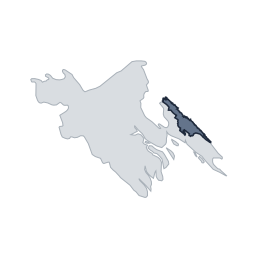 location of Rangamati, Chittagong, Bangladesh, rotated 323°
{"feature_id": "16705992B35610473312733", "entity_name": "Rangamati", "entity_type": "district", "adm_level": 2, "iso_a3": "BGD", "parent_name": "Bangladesh", "parent_adm1": "Chittagong", "projection": "equal_earth", "projection_center": [92.168, 22.796], "detail": "fine", "context": "in_parent", "style": "filled", "palette": "slate", "viewbox_px": 256, "rotation_deg": 323, "n_neighbors": 0, "source": "geoboundaries", "source_scale": "gbopen_adm2", "svg_char_len": 8593}
<svg xmlns="http://www.w3.org/2000/svg" viewBox="0 0 256 256"><g transform="rotate(323 128 128)"><path d="M95.2,181.1L95.2,175.0L92.1,162.9L92.2,161.5L91.6,155.7L90.8,152.5L90.4,149.0L92.4,144.1L91.6,143.3L87.3,141.8L86.8,140.5L87.8,135.7L84.7,131.1L83.5,127.6L86.9,116.6L87.8,108.9L87.6,107.4L85.6,105.7L82.0,105.0L79.4,103.6L77.9,101.4L76.7,100.5L75.1,101.2L73.1,100.3L71.5,98.2L70.1,95.6L70.7,92.7L73.4,85.9L74.4,85.7L76.6,87.0L77.5,87.0L79.0,84.4L81.2,76.8L88.5,77.4L90.2,77.2L92.0,76.6L93.0,75.6L93.6,74.4L93.4,73.3L91.2,71.9L90.3,70.8L89.8,67.8L89.1,66.6L84.7,66.5L82.5,65.1L81.2,63.8L79.0,59.7L76.3,56.6L73.7,55.9L72.7,54.9L72.2,53.3L72.5,51.1L73.9,46.7L81.2,37.3L81.4,36.2L81.1,35.0L79.0,33.5L78.9,32.8L79.5,30.8L80.7,30.6L83.2,32.4L85.7,35.3L87.2,37.8L87.2,39.9L89.2,40.3L90.8,41.2L92.5,40.9L93.6,41.4L94.4,41.2L94.7,40.1L93.3,37.1L94.0,35.9L95.6,35.9L96.8,37.0L97.7,39.3L97.8,42.9L99.7,46.1L102.3,48.4L104.3,49.4L106.7,50.2L108.8,49.4L109.8,47.2L109.4,45.2L109.7,43.4L110.5,42.4L111.8,42.5L112.8,43.9L115.5,51.6L114.9,55.0L115.5,64.3L114.8,70.5L115.2,72.8L115.7,73.3L119.9,74.4L126.1,76.9L130.8,77.8L152.2,77.1L156.8,78.3L171.1,77.4L175.0,79.4L179.2,82.6L181.6,84.9L182.0,86.3L181.8,87.5L181.0,88.1L179.5,88.1L176.1,86.6L175.6,87.0L175.5,90.8L172.8,100.1L172.4,102.9L171.5,104.1L168.6,104.7L166.8,110.1L166.0,110.8L164.1,109.6L163.0,109.8L161.5,110.3L160.1,111.5L159.1,113.1L157.9,113.6L153.9,113.5L153.2,116.0L150.5,119.3L148.7,128.1L148.8,130.8L151.0,137.8L152.6,146.9L153.2,147.8L153.9,147.9L154.0,143.7L154.7,143.2L155.6,143.7L157.5,149.3L158.6,150.7L160.2,151.1L162.1,150.2L163.5,148.6L164.1,146.8L163.6,140.7L164.5,138.2L167.8,134.5L168.3,133.4L168.1,127.3L169.3,127.0L170.9,127.5L173.0,126.1L173.7,126.0L174.5,127.6L176.0,127.3L178.2,139.5L178.4,148.1L178.9,152.8L179.7,153.9L182.2,161.1L184.6,186.3L184.8,202.4L185.8,207.9L185.0,209.1L184.2,209.3L183.5,207.4L178.2,203.3L176.9,203.7L175.1,206.1L174.4,208.3L174.7,211.4L175.2,214.5L176.5,216.2L176.6,218.1L178.0,225.4L177.6,225.4L174.7,218.8L171.2,212.3L170.1,200.7L170.0,195.0L167.6,188.3L165.4,176.5L166.4,172.4L164.7,174.2L162.1,167.2L157.9,160.3L156.7,157.3L156.7,154.3L154.9,157.3L152.5,159.4L150.0,162.5L148.4,163.5L143.2,164.0L140.2,159.8L135.9,149.6L135.4,147.2L136.0,141.2L135.0,135.5L134.7,130.4L133.9,130.9L133.6,132.3L133.8,134.4L133.5,136.2L126.2,135.0L129.3,138.0L132.6,138.7L134.3,141.4L134.4,145.9L131.1,148.6L131.4,150.9L133.3,153.6L131.0,154.4L130.4,156.2L130.3,158.8L131.9,162.8L131.6,164.3L134.3,169.5L134.8,172.0L134.1,175.5L128.2,182.7L126.5,187.7L125.0,190.1L123.2,190.5L121.0,188.1L121.0,185.6L121.4,183.7L124.5,179.0L122.9,179.6L118.0,183.5L117.1,180.3L116.6,177.4L116.6,173.8L118.9,168.5L116.3,171.1L115.5,174.5L115.8,178.4L115.5,181.2L114.4,184.8L113.0,187.0L110.8,188.4L109.7,190.6L108.2,192.2L107.7,184.8L106.2,174.9L105.8,177.1L106.6,183.2L106.5,187.2L105.3,190.4L102.8,193.8L100.9,194.2L99.8,193.7L96.2,188.6L96.0,183.8L95.2,181.1ZM138.9,181.3L134.5,182.4L132.2,182.1L136.5,173.2L136.3,169.2L135.7,166.0L133.6,163.3L133.5,161.5L132.5,159.0L132.0,156.0L134.4,155.0L136.3,156.7L137.0,160.1L137.9,162.6L141.2,167.8L141.2,171.0L140.2,178.9L138.9,181.3ZM148.3,178.3L145.6,180.7L146.6,166.7L148.5,171.9L149.0,174.7L148.3,178.3ZM158.6,171.3L157.4,172.3L156.3,171.5L154.9,168.2L155.6,164.0L156.1,163.4L157.8,167.6L158.6,171.3ZM168.5,201.0L167.0,201.2L166.2,200.2L166.6,198.7L166.2,194.2L168.1,193.7L168.8,197.5L168.5,201.0ZM166.8,188.2L165.7,192.8L165.2,190.7L166.0,186.8L166.8,188.2ZM135.6,151.7L136.0,153.1L133.6,151.2L132.9,149.9L134.0,149.2L135.6,151.7Z" fill="#d9dde1" stroke="#a8b0b8" stroke-width="1"/><path d="M185.3,189.3L185.5,189.0L185.8,188.9L185.8,188.7L185.5,187.0L185.5,186.9L185.3,186.9L185.3,186.7L185.4,186.3L185.3,186.1L185.3,185.7L185.2,185.6L185.3,185.5L185.1,184.9L185.3,184.8L185.3,184.6L184.9,183.9L185.0,183.5L184.8,182.9L185.0,182.8L185.1,182.2L184.8,182.1L184.8,181.5L184.6,181.5L184.4,180.3L184.0,179.9L184.1,179.7L184.4,179.7L184.4,179.4L184.8,179.6L184.7,179.8L184.8,180.0L185.1,180.1L185.3,179.6L185.2,178.7L185.2,178.4L184.9,178.3L184.9,177.4L184.8,177.0L184.7,177.0L184.7,175.6L184.7,175.3L184.5,175.2L184.5,174.9L184.5,174.7L184.6,174.1L184.5,173.8L184.4,173.7L184.5,173.7L184.4,173.5L184.5,173.4L184.3,173.0L184.3,172.1L184.2,172.1L184.1,171.7L184.1,171.4L184.0,170.9L183.9,170.8L184.0,170.7L183.8,170.5L183.9,170.4L183.8,170.1L183.7,169.9L183.9,169.9L183.7,169.8L183.8,169.7L183.7,169.2L183.7,168.9L183.6,168.6L183.6,167.7L183.7,167.4L183.6,167.2L183.7,166.9L183.6,166.7L183.4,166.3L183.5,166.3L183.4,166.1L183.5,165.9L183.4,165.8L183.2,165.8L183.2,165.5L183.0,165.3L183.1,165.1L183.1,164.9L183.3,164.9L183.4,164.4L183.3,163.9L183.2,163.8L183.2,163.6L183.3,163.7L183.2,163.5L183.2,163.2L183.3,163.0L183.3,162.8L183.1,162.8L183.1,162.6L183.1,162.3L183.1,162.2L183.1,161.9L183.2,161.7L183.0,161.4L182.8,160.3L182.9,159.8L182.7,159.6L182.8,159.4L182.6,159.5L182.6,159.2L182.5,159.3L182.3,159.1L182.2,159.2L181.8,159.0L181.9,158.7L181.8,158.1L181.7,157.7L181.7,157.8L181.7,157.3L181.5,157.0L181.6,156.9L181.4,156.5L181.4,156.4L181.5,156.1L181.2,155.7L181.5,155.8L181.4,155.6L181.5,155.3L181.4,155.2L181.5,155.1L181.2,155.0L181.3,154.8L181.1,154.6L181.2,154.0L181.1,153.9L180.8,154.3L180.7,154.1L180.4,153.5L180.4,153.1L180.2,153.3L180.0,153.2L179.9,153.4L179.8,153.2L179.9,152.8L179.3,152.8L179.3,152.6L179.2,152.6L179.3,152.5L179.2,152.4L179.4,152.0L179.2,151.8L179.3,151.8L179.3,151.7L179.3,151.4L179.4,151.2L179.5,151.0L179.5,150.4L179.5,150.1L179.4,150.0L179.5,149.5L179.5,149.3L179.6,149.1L179.7,148.5L179.5,148.0L179.5,147.8L179.4,147.7L179.1,147.1L178.8,146.9L179.1,146.1L178.8,145.9L178.9,145.5L179.0,145.1L178.8,144.4L178.9,144.2L178.7,144.1L178.7,142.8L178.7,142.5L178.6,142.4L179.9,142.4L180.0,142.3L179.9,142.2L179.9,141.8L179.6,141.6L179.6,141.4L179.8,141.5L179.6,140.9L179.4,140.8L179.5,140.1L179.3,139.8L179.3,139.6L179.2,139.7L179.2,139.2L179.3,138.7L179.4,138.4L179.4,138.2L179.1,138.0L179.2,137.8L179.0,138.0L178.8,137.8L179.0,137.6L178.7,137.5L178.9,137.2L178.8,137.3L178.7,136.9L178.7,136.7L178.8,136.9L178.8,136.7L178.6,136.4L178.5,135.8L178.4,135.7L178.2,135.9L178.1,135.3L178.2,135.0L178.0,134.9L178.2,134.7L177.8,134.5L177.9,134.4L178.0,134.4L177.9,134.3L178.0,134.2L177.8,134.0L177.9,133.9L177.8,133.7L178.0,133.5L177.9,133.4L177.9,133.1L177.8,132.9L177.7,133.0L177.7,132.8L177.8,132.6L177.7,132.4L177.6,132.1L177.6,131.8L177.7,131.6L177.6,131.3L177.6,131.2L177.6,130.9L177.4,130.4L177.3,130.5L177.2,130.3L177.1,130.2L177.1,130.3L177.1,129.6L177.3,129.4L177.1,129.2L176.9,129.1L176.8,129.3L176.8,129.1L176.9,128.8L176.7,128.7L177.2,127.4L177.1,126.7L176.8,126.4L176.8,126.2L176.5,125.9L176.1,126.0L175.9,126.1L175.8,126.3L175.9,127.0L175.7,127.3L175.7,127.9L175.4,128.4L175.2,128.4L175.1,128.2L175.0,127.7L175.2,127.3L175.0,126.8L174.9,126.6L174.5,126.4L174.3,126.5L174.3,126.2L174.1,126.0L174.2,125.5L173.9,125.4L173.7,125.6L173.3,126.1L173.0,126.6L172.9,126.9L172.8,127.1L172.7,127.0L172.3,127.6L171.9,127.4L171.8,127.9L171.8,128.0L171.8,128.5L171.7,128.5L172.7,131.6L173.0,132.7L173.3,135.9L172.9,136.5L172.1,137.0L171.0,138.1L173.0,139.6L173.0,141.4L173.2,143.5L173.7,145.3L174.4,147.0L174.1,147.2L173.4,147.4L173.3,147.2L172.7,147.7L171.6,148.0L172.5,150.3L172.8,151.8L171.6,152.7L171.2,154.0L170.8,154.3L170.3,154.3L169.8,155.7L169.3,156.1L169.2,156.9L169.2,157.7L169.9,159.7L169.6,159.9L169.0,160.0L168.9,160.9L168.0,160.9L167.9,161.2L168.2,161.3L168.4,161.6L168.1,162.2L168.3,162.5L168.3,163.1L168.4,163.5L168.6,164.1L168.6,164.3L168.7,164.7L168.9,164.8L168.9,165.0L169.0,165.7L169.0,165.8L169.1,166.2L169.2,166.6L169.3,167.1L169.2,167.1L169.1,167.5L169.3,167.6L169.5,167.7L169.3,167.7L169.3,167.9L169.8,167.8L169.9,167.7L170.0,167.4L170.2,167.1L170.4,167.0L170.3,166.7L170.5,166.4L170.4,166.1L170.4,165.9L170.2,165.7L170.3,165.0L170.2,165.0L170.2,164.9L170.0,164.6L170.1,163.8L170.6,163.6L170.6,163.4L170.8,163.2L170.9,163.3L170.8,163.6L171.0,163.6L171.3,163.4L171.6,163.4L171.6,163.6L171.9,163.6L171.7,164.2L171.9,164.1L172.0,164.4L172.2,164.5L172.4,165.0L172.3,165.4L172.5,165.4L172.5,166.3L172.9,166.9L172.9,167.3L173.1,167.6L173.1,167.9L173.2,168.0L173.2,168.5L173.4,169.0L173.3,169.4L173.4,169.5L173.0,169.7L172.9,169.9L172.8,170.2L172.3,170.7L172.4,171.0L172.6,171.1L172.9,171.9L173.1,171.7L173.4,171.8L173.3,172.0L173.2,172.3L174.6,172.5L174.8,172.6L174.8,173.0L175.1,173.1L175.5,173.1L176.5,172.6L176.9,172.2L179.0,172.7L179.9,173.6L181.5,175.7L181.9,176.3L182.0,176.9L182.4,179.1L182.4,180.4L182.9,182.0L183.1,183.5L183.4,184.7L184.2,186.8L184.6,188.3L185.3,189.3Z" fill="#64748b" stroke="#1e293b" stroke-width="1.5"/></g></svg>